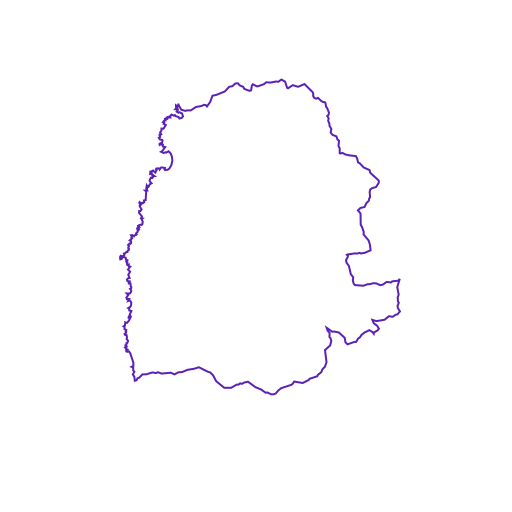 the district of Casma, Áncash, Peru, rotated 33°
{"feature_id": "86281439B42439705570298", "entity_name": "Casma", "entity_type": "district", "adm_level": 2, "iso_a3": "PER", "parent_name": "Peru", "parent_adm1": "Áncash", "projection": "albers", "projection_center": [-78.251, -9.498], "detail": "fine", "context": "isolated", "style": "outline", "palette": "violet", "viewbox_px": 512, "rotation_deg": 33, "n_neighbors": 0, "source": "geoboundaries", "source_scale": "gbopen_adm2", "svg_char_len": 6141}
<svg xmlns="http://www.w3.org/2000/svg" viewBox="0 0 512 512"><g transform="rotate(33 256 256)"><path d="M319.1,127.8L318.2,126.2L317.0,125.7L306.5,124.0L304.4,122.1L298.1,123.1L292.3,121.7L290.6,121.9L287.8,119.2L285.3,117.8L279.0,121.0L275.9,122.1L272.3,122.5L270.8,124.2L270.2,124.2L267.7,120.3L265.2,118.7L262.9,114.2L260.7,113.8L258.3,111.9L254.3,112.7L251.4,111.9L250.1,108.5L246.8,106.8L245.4,105.0L242.9,103.3L241.9,100.9L239.5,99.8L240.0,98.5L239.2,96.1L235.0,93.1L233.5,92.7L231.1,90.0L229.9,89.5L228.5,90.3L226.4,90.5L221.8,89.6L220.8,91.3L218.9,91.7L216.8,90.7L215.4,88.4L214.1,87.7L203.0,85.4L199.1,91.2L193.8,92.7L191.5,97.9L190.5,98.0L185.4,93.9L181.2,94.2L179.8,97.8L177.8,98.7L173.5,102.8L170.0,104.7L169.1,107.5L165.2,112.6L164.2,113.3L159.8,113.7L159.8,115.6L161.7,119.8L160.4,121.1L155.2,122.2L153.1,121.1L149.3,121.8L147.0,121.0L145.7,121.7L144.6,122.9L143.7,126.4L141.3,128.8L140.3,134.9L134.9,142.6L132.2,145.3L133.7,151.8L133.4,157.3L131.6,156.8L130.0,157.6L128.6,159.9L124.5,163.7L122.0,169.4L118.6,171.6L117.9,172.7L113.7,174.0L109.0,171.7L107.9,170.5L108.6,171.9L107.8,173.4L106.9,173.3L107.6,174.4L109.0,173.6L108.4,176.8L110.5,175.5L111.0,176.2L110.8,178.1L112.9,178.1L113.3,177.2L116.3,176.7L118.8,178.7L118.4,180.8L116.9,182.4L115.4,181.6L112.5,182.5L111.2,182.0L110.7,183.0L108.1,183.4L107.8,184.7L108.7,186.3L107.4,186.4L107.6,187.3L106.1,187.7L106.8,189.1L105.8,189.2L106.1,189.9L105.1,190.5L106.1,191.4L105.4,191.7L105.1,194.3L106.3,193.9L106.6,195.5L109.0,195.2L109.1,199.6L107.3,200.6L108.4,202.4L108.3,204.6L110.1,205.4L109.5,206.2L108.3,206.1L109.8,206.9L109.5,207.3L110.8,208.4L110.1,209.8L112.0,210.6L114.1,209.7L114.8,210.1L115.5,212.3L114.3,213.7L114.1,214.7L114.7,215.3L116.1,213.0L117.4,213.4L117.4,214.2L118.4,214.9L120.5,214.1L120.2,219.0L119.6,220.3L122.4,219.9L123.6,218.3L124.4,218.2L125.6,215.8L128.7,216.5L131.4,218.5L133.9,221.5L135.5,225.9L135.7,229.8L135.0,231.7L132.9,233.4L132.2,233.3L131.7,231.8L128.8,233.0L128.2,233.6L128.1,236.0L127.0,235.3L124.8,236.8L124.9,237.9L125.9,238.1L126.1,240.9L123.1,240.4L122.9,241.5L122.2,241.8L122.4,242.6L121.5,242.9L122.6,244.9L123.8,243.7L124.4,244.2L127.3,244.3L125.8,245.5L126.7,246.2L126.4,247.3L125.2,247.6L125.4,250.2L126.3,251.3L128.8,251.9L127.9,253.5L128.1,256.4L127.0,256.3L127.4,257.4L126.1,256.6L127.3,259.3L129.1,260.3L127.4,261.5L128.8,261.7L133.0,269.2L131.8,270.4L133.0,271.8L132.4,273.2L131.6,273.3L131.5,274.3L130.5,274.3L130.7,274.8L129.1,274.3L129.2,275.0L130.5,275.8L131.6,275.1L131.2,277.5L134.7,279.3L134.6,281.2L133.5,282.0L134.4,283.5L138.8,284.9L139.0,286.8L140.4,286.3L140.0,287.4L142.3,288.9L143.3,291.0L143.2,292.2L142.6,292.2L141.2,293.7L141.5,294.4L140.7,295.1L141.5,296.0L142.1,295.2L142.6,295.4L141.9,296.6L143.4,296.4L141.4,297.7L142.1,298.3L142.7,297.5L143.5,297.7L142.9,299.1L143.6,300.1L143.1,301.8L143.2,302.6L144.1,302.8L143.9,303.8L142.7,305.1L142.9,305.9L141.0,305.8L139.9,306.7L141.4,307.3L141.5,308.4L142.5,308.6L141.6,311.7L143.3,311.7L144.2,313.2L144.1,314.1L143.1,314.4L142.7,316.4L144.0,316.7L144.4,318.8L145.5,319.1L146.1,320.4L145.4,321.3L146.0,322.7L144.9,323.6L144.8,325.0L143.9,325.9L145.1,326.9L144.8,328.5L142.4,329.5L142.5,330.4L143.2,330.5L143.0,331.6L144.0,332.7L144.9,331.8L145.0,329.0L147.7,328.4L148.9,329.9L150.4,329.6L150.2,331.1L151.5,331.3L151.3,332.2L152.5,332.7L152.6,333.5L153.4,333.5L154.0,332.5L155.0,334.0L156.3,333.5L156.0,337.1L159.0,337.7L159.1,341.3L161.9,343.3L161.0,344.0L160.6,346.0L161.7,347.0L164.0,346.0L164.5,346.9L163.9,347.9L164.4,348.3L165.8,347.5L167.5,349.7L168.5,350.1L168.9,351.3L168.3,352.2L170.2,352.9L170.8,354.5L170.6,356.2L168.0,357.8L170.1,358.3L169.9,361.4L171.3,362.6L172.0,362.4L171.9,361.6L173.2,361.1L173.4,363.1L174.1,362.0L176.6,362.8L178.0,365.2L178.3,367.1L177.2,369.3L178.4,369.3L179.4,370.7L181.4,370.0L182.1,374.1L184.1,375.1L184.1,376.2L182.4,376.3L182.8,377.2L184.3,376.7L184.6,379.4L184.3,382.2L182.7,382.8L183.3,383.2L183.0,383.9L183.9,385.5L183.2,387.1L184.5,387.2L185.5,388.9L187.5,388.7L187.7,390.1L188.3,390.1L188.9,391.1L188.2,392.9L189.3,393.5L190.5,392.8L192.2,394.6L192.6,396.0L195.0,396.9L195.4,399.0L194.8,399.7L195.7,401.1L195.2,401.9L196.3,402.2L196.0,403.5L196.9,403.2L196.7,404.2L198.0,404.4L198.1,405.3L199.3,404.7L199.4,406.6L200.2,406.5L201.4,405.2L203.6,406.1L211.2,412.2L213.0,415.0L212.0,416.7L213.8,416.4L215.3,418.8L217.0,419.3L217.3,422.5L219.7,423.5L222.3,426.6L223.5,425.3L223.2,423.2L224.4,421.4L225.2,417.2L228.5,414.9L232.5,410.1L236.0,408.6L237.0,406.9L240.9,406.0L248.1,400.3L252.1,399.7L254.1,396.0L257.4,393.4L260.4,388.9L265.5,384.3L268.7,380.4L278.6,379.3L281.1,378.6L284.9,379.4L290.8,382.7L301.2,383.8L307.0,380.0L309.9,374.3L311.5,373.3L312.0,371.5L313.8,370.9L315.1,368.5L317.7,365.8L327.0,366.3L332.8,365.2L338.6,365.4L339.8,364.3L344.2,363.7L346.1,362.4L347.4,360.6L348.0,356.3L349.2,353.0L355.8,344.8L356.4,343.2L356.4,340.5L364.3,337.1L367.7,331.4L367.8,329.8L372.9,323.5L372.6,322.1L374.0,317.8L373.4,314.9L374.1,311.4L373.0,306.7L365.1,297.3L366.9,290.7L365.4,286.2L363.3,284.4L361.7,283.9L359.6,280.4L356.7,279.6L354.3,277.7L361.3,278.0L362.4,276.9L367.1,275.0L374.9,276.3L378.1,279.7L380.9,280.2L385.2,274.6L386.8,273.4L386.6,269.7L387.5,267.4L387.4,264.8L388.6,261.3L391.4,256.5L395.0,256.3L397.1,257.1L396.6,255.9L398.5,252.1L398.7,250.1L395.6,248.5L391.5,248.3L388.4,246.2L392.5,245.0L398.5,239.5L400.3,234.1L403.8,232.5L405.1,229.2L406.4,227.9L406.9,224.1L403.2,222.3L401.9,220.8L401.2,217.4L399.8,216.8L397.4,213.6L396.7,210.7L391.5,205.3L389.0,196.9L388.8,199.2L384.0,203.1L383.7,204.6L379.7,206.6L377.9,211.0L376.2,212.8L372.0,213.4L369.2,214.9L366.5,217.9L365.1,218.7L362.2,222.5L354.8,226.5L352.7,225.8L350.5,223.7L349.1,220.9L345.4,219.6L339.4,213.8L335.4,212.2L333.7,210.4L333.5,206.8L333.0,205.8L331.6,205.5L332.0,204.8L337.8,199.7L339.2,199.2L341.2,196.9L342.5,196.8L345.4,194.2L349.0,188.8L345.0,184.1L341.9,181.6L334.5,179.4L333.3,177.2L328.8,173.7L326.9,172.9L320.5,163.4L316.6,162.2L317.5,158.7L320.3,155.9L319.8,151.5L320.5,148.3L319.6,146.0L319.7,144.5L316.5,140.5L315.6,138.0L316.4,135.9L319.1,132.8L319.1,127.8Z" fill="none" stroke="#5b21b6" stroke-width="2"/></g></svg>